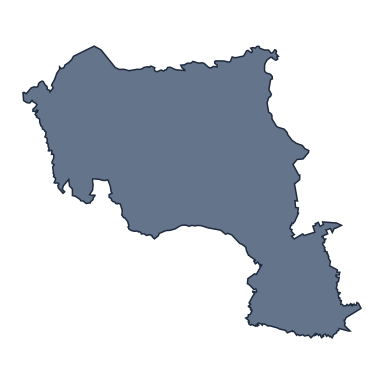 Ixhuatlán del Café, Veracruz, Mexico
{"feature_id": "50627088B43225936965135", "entity_name": "Ixhuatlán del Café", "entity_type": "district", "adm_level": 2, "iso_a3": "MEX", "parent_name": "Mexico", "parent_adm1": "Veracruz", "projection": "orthographic", "projection_center": [-96.933, 19.027], "detail": "fine", "context": "isolated", "style": "filled", "palette": "slate", "viewbox_px": 384, "rotation_deg": 0, "n_neighbors": 0, "source": "geoboundaries", "source_scale": "gbopen_adm2", "svg_char_len": 5886}
<svg xmlns="http://www.w3.org/2000/svg" viewBox="0 0 384 384"><path d="M350.1,331.0L344.6,325.6L345.2,322.7L344.2,321.2L344.2,320.1L345.0,320.1L346.0,317.8L346.8,317.1L361.0,308.4L358.5,303.5L357.0,302.5L356.1,305.2L354.2,304.8L354.0,304.2L353.6,305.0L352.9,304.6L352.1,305.9L350.9,305.0L351.5,304.2L350.7,303.6L348.6,305.7L347.0,304.4L345.8,305.7L343.4,305.9L342.4,304.5L340.8,304.3L341.3,300.6L340.2,300.5L339.7,297.9L338.8,298.1L338.3,294.6L338.7,293.6L339.5,294.0L340.1,292.7L337.5,292.1L337.5,289.4L336.2,288.7L337.2,284.3L336.5,282.5L338.4,281.7L339.2,277.3L337.3,277.5L337.2,276.9L335.9,276.2L336.0,275.0L339.2,275.0L339.8,272.3L337.0,272.2L337.3,269.9L329.6,265.8L330.4,261.3L328.8,258.8L328.4,256.7L328.7,256.6L327.6,253.8L327.0,253.8L327.2,252.0L324.9,251.3L325.4,251.0L324.4,248.3L324.9,247.7L322.5,244.1L323.1,242.5L324.1,242.8L324.7,241.8L324.4,240.8L325.7,239.1L323.7,238.9L323.0,236.7L322.1,236.9L321.9,236.4L327.7,233.8L326.0,230.1L330.4,228.5L332.3,232.5L334.3,228.3L335.7,228.2L341.5,225.3L336.5,223.0L322.6,221.9L323.4,224.5L320.1,226.3L318.2,222.3L315.3,223.7L315.8,225.2L312.9,226.1L314.9,232.2L304.2,235.5L302.7,233.9L294.2,238.9L291.7,236.2L294.4,234.6L291.3,231.3L292.0,229.5L289.9,228.8L290.6,225.4L291.5,225.5L291.9,223.1L293.0,223.6L294.8,221.4L298.5,213.1L297.7,212.9L298.3,207.9L295.6,207.5L294.9,200.7L297.5,201.0L294.5,183.9L299.6,179.8L299.8,175.1L298.7,175.1L293.0,164.4L297.1,159.5L303.1,158.9L308.4,152.6L308.8,150.6L304.8,148.7L302.4,145.5L296.4,143.4L292.0,140.3L287.8,134.8L287.1,132.4L284.3,129.2L277.8,127.2L276.5,126.3L272.0,118.9L271.9,115.2L270.9,113.6L268.6,112.1L267.1,102.8L268.7,97.6L270.5,96.4L271.4,94.4L268.9,89.7L270.3,81.0L270.8,79.4L272.4,78.9L272.2,76.4L270.5,74.3L266.2,72.9L265.0,71.7L264.5,70.1L264.6,65.7L265.0,63.6L267.1,59.9L270.8,57.2L272.1,57.4L272.2,58.0L275.8,60.3L277.7,59.1L276.9,56.9L278.4,56.4L275.8,53.6L276.5,51.5L275.9,50.1L274.6,49.9L273.3,52.1L271.6,53.1L270.8,52.9L268.5,50.0L264.9,50.1L260.0,48.4L259.1,46.5L258.0,46.2L256.6,46.7L255.3,48.1L252.8,47.6L250.7,48.2L252.3,50.5L252.1,52.3L251.3,52.7L247.9,50.4L246.7,50.7L243.7,56.0L236.3,57.6L233.6,57.5L232.2,56.9L230.4,61.3L229.2,62.2L224.1,61.0L215.9,60.9L214.8,61.4L214.7,63.2L217.2,65.2L217.1,66.9L213.5,66.4L210.5,68.1L208.4,67.2L204.2,63.4L202.3,62.8L198.3,63.1L193.0,61.4L190.5,63.3L187.2,63.2L184.5,64.8L180.7,65.2L182.2,68.0L184.3,69.4L184.8,70.5L175.9,69.8L170.1,67.2L167.6,67.5L166.4,69.8L164.8,70.0L163.6,71.1L161.2,70.0L156.8,71.8L154.7,70.7L154.3,69.0L154.8,67.7L151.0,66.1L149.9,66.5L149.4,67.4L147.7,66.7L143.8,67.5L142.2,68.7L139.8,69.5L137.7,69.2L129.0,70.7L124.0,69.3L119.1,69.4L115.3,67.6L101.0,49.9L94.2,46.1L73.5,56.3L71.7,59.6L68.6,62.6L65.0,65.0L64.0,67.5L62.0,68.5L60.8,68.2L59.6,66.9L59.6,69.3L57.0,72.9L54.3,80.1L51.8,84.5L51.6,85.4L53.1,87.5L53.0,88.1L50.0,92.0L49.6,90.3L47.4,89.5L47.0,86.5L45.2,85.0L43.2,81.5L41.9,81.1L39.5,82.5L38.5,83.7L38.1,86.1L36.9,87.1L33.9,86.9L31.2,87.9L26.3,93.6L24.0,92.4L23.8,92.9L23.0,92.8L23.6,100.6L26.7,102.6L29.0,103.0L30.2,102.7L32.0,100.3L33.3,102.0L35.2,102.9L37.0,104.7L35.8,106.6L33.0,109.2L32.9,111.2L36.2,111.8L36.8,110.1L37.8,110.3L37.2,112.2L36.0,112.7L35.1,114.6L36.9,116.1L36.4,117.0L39.5,118.9L39.8,122.6L40.8,125.7L42.2,127.1L42.5,129.0L44.3,130.0L44.9,131.3L46.0,132.1L45.7,135.2L44.9,136.9L46.7,137.8L47.0,138.5L47.3,141.5L46.4,142.7L48.1,144.0L48.1,146.4L49.1,148.6L48.3,150.7L49.1,151.0L51.5,150.3L51.9,151.2L51.5,154.4L53.1,154.1L53.8,155.1L53.6,158.5L52.0,162.0L52.1,163.4L54.1,164.6L52.7,167.0L53.4,172.3L53.1,173.1L54.1,174.7L53.5,176.6L55.5,178.1L55.4,179.9L54.1,182.7L55.8,183.2L57.3,182.8L58.6,183.4L58.9,184.3L57.8,185.4L58.4,188.0L63.0,193.3L64.7,191.8L62.3,189.4L63.3,185.9L68.7,179.5L69.5,186.0L72.4,189.1L72.4,195.5L75.8,196.5L79.9,199.3L81.0,200.9L83.1,201.0L86.2,203.5L90.3,202.9L90.5,201.9L93.0,199.6L93.2,198.0L95.0,195.6L94.8,195.1L91.5,195.3L89.6,194.6L92.6,190.1L93.1,184.8L92.5,180.8L92.9,178.8L99.3,179.3L102.2,180.3L104.9,180.5L107.9,179.9L110.3,186.2L111.1,191.7L112.1,193.2L109.1,194.6L109.1,197.2L111.5,198.8L111.4,200.0L113.0,201.6L114.8,202.0L115.6,203.4L117.3,203.9L118.0,203.3L120.3,204.1L122.2,210.2L122.1,213.8L121.7,214.9L123.6,217.6L124.7,217.8L127.7,221.5L128.9,226.0L128.0,227.0L129.0,229.1L131.0,230.4L134.5,231.3L137.4,231.0L138.2,231.9L140.2,231.9L141.5,234.0L143.9,233.7L146.5,235.4L150.4,234.6L151.1,235.5L152.2,235.8L152.3,236.8L154.4,238.9L158.2,235.9L159.3,233.4L165.9,230.6L170.2,230.3L175.4,228.8L180.0,225.9L182.6,225.1L186.3,225.2L189.1,226.3L191.8,225.3L195.3,226.0L196.2,225.5L198.8,225.5L201.0,225.6L208.2,227.9L220.7,230.2L225.6,234.3L227.7,233.3L231.8,234.9L239.5,243.2L242.2,244.5L245.8,247.2L246.5,250.9L248.5,255.3L249.0,255.2L250.4,256.7L254.6,259.4L255.3,260.3L254.2,260.6L253.8,261.2L255.4,263.8L257.7,262.1L259.6,264.9L260.2,264.4L261.0,264.8L260.4,265.7L261.4,265.4L256.3,274.4L254.6,273.8L247.9,278.6L247.4,283.7L249.5,284.9L253.9,289.5L255.9,289.0L256.6,291.7L256.2,292.1L252.7,291.3L252.7,291.9L254.6,293.6L252.3,296.9L249.1,302.9L250.7,304.2L248.4,306.2L249.5,307.5L250.2,307.2L250.8,307.7L250.6,309.9L252.0,310.2L251.9,310.9L250.3,314.3L248.3,314.8L248.3,316.8L245.7,318.0L248.8,320.5L249.0,322.1L248.4,322.0L249.1,324.2L250.8,325.2L251.7,324.4L255.4,326.1L255.8,325.3L257.1,326.3L258.7,325.1L257.1,324.2L258.3,323.0L260.8,323.7L262.2,325.2L262.8,323.9L265.3,324.3L268.0,326.1L268.8,325.7L271.6,326.3L277.4,327.9L279.7,329.1L285.3,330.3L287.4,332.8L292.4,330.8L292.5,331.5L293.9,331.4L296.6,335.2L297.5,334.3L299.5,335.6L302.6,334.8L303.5,335.0L304.4,336.0L308.7,335.2L311.0,337.8L315.7,333.4L316.1,333.7L315.5,335.2L317.2,334.2L318.1,334.5L318.5,335.4L319.9,334.4L321.5,337.7L323.5,336.4L322.7,335.4L325.3,334.1L326.6,336.4L328.1,335.0L329.7,336.7L330.2,336.3L332.1,337.9L333.8,334.4L336.3,333.1L337.4,330.8L338.6,330.5L339.0,328.5L348.6,331.0L350.1,331.0Z" fill="#64748b" stroke="#1e293b" stroke-width="1.5"/></svg>